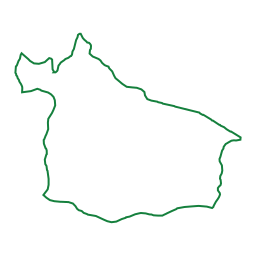 Palencia, Guatemala (Albers equal-area conic projection)
{"feature_id": "79465075B84749841265640", "entity_name": "Palencia", "entity_type": "district", "adm_level": 2, "iso_a3": "GTM", "parent_name": "Guatemala", "parent_adm1": "", "projection": "albers", "projection_center": [-90.328, 14.679], "detail": "fine", "context": "isolated", "style": "outline", "palette": "green", "viewbox_px": 256, "rotation_deg": 0, "n_neighbors": 0, "source": "geoboundaries", "source_scale": "gbopen_adm2", "svg_char_len": 2505}
<svg xmlns="http://www.w3.org/2000/svg" viewBox="0 0 256 256"><path d="M43.4,195.0L46.4,197.7L49.9,200.1L54.3,201.2L60.6,201.8L61.6,201.8L68.6,202.1L69.4,202.4L72.9,203.5L75.5,206.2L77.1,208.8L78.8,210.2L81.7,211.0L83.7,212.9L86.9,214.0L87.8,214.6L95.9,216.0L104.1,219.8L107.3,221.2L111.5,222.2L116.3,221.6L121.9,219.0L125.7,217.8L126.0,217.3L129.6,216.6L135.1,214.3L139.3,213.3L140.9,213.0L145.7,213.4L149.4,214.4L151.5,214.5L153.5,215.3L158.1,215.6L162.4,215.6L163.7,214.9L165.0,214.3L165.9,213.9L167.0,213.3L171.7,211.1L176.3,209.1L177.2,208.3L184.5,207.0L191.8,206.4L198.6,205.9L206.8,206.6L212.1,208.0L213.3,207.0L213.8,205.6L215.9,201.7L217.7,199.2L219.0,197.1L220.0,194.6L219.8,193.1L217.9,190.4L217.9,188.0L218.5,187.3L218.9,186.6L219.6,186.0L220.5,185.2L221.0,183.4L220.6,179.8L220.0,178.8L220.3,176.0L221.7,173.5L222.3,170.6L221.9,165.4L219.7,161.4L219.5,159.0L220.4,156.8L222.1,150.6L223.4,148.6L223.7,146.8L225.7,144.0L231.4,140.7L233.9,140.3L236.0,140.5L240.4,139.7L240.6,137.4L231.0,131.5L230.4,131.6L226.5,129.2L224.1,127.2L220.5,125.6L220.0,124.9L219.2,124.8L212.9,120.6L212.0,120.5L211.1,119.5L203.3,114.8L202.7,114.9L200.0,113.4L199.4,112.6L175.1,106.6L174.3,106.1L162.7,103.6L162.0,103.0L158.1,102.2L157.4,101.7L151.4,100.6L147.3,99.1L145.0,95.4L144.4,92.0L141.4,89.4L136.8,87.8L132.2,87.4L126.7,86.8L122.2,83.8L118.2,80.4L115.5,78.2L114.1,75.7L112.2,71.4L109.2,68.3L108.5,66.6L107.8,66.4L105.9,65.7L104.6,65.1L102.1,62.9L100.5,60.5L98.6,59.0L92.7,56.5L89.6,53.6L89.9,50.6L90.1,49.7L90.8,48.9L91.0,46.1L90.9,45.2L90.1,43.9L89.0,42.8L87.2,42.5L86.4,41.5L84.3,39.7L82.8,38.0L80.7,33.8L79.5,33.8L78.0,34.9L77.5,37.3L76.1,40.1L73.9,49.0L72.5,51.5L72.0,54.6L71.1,56.0L70.5,56.1L68.4,57.8L65.4,59.0L64.3,60.1L63.4,60.7L60.7,62.6L59.9,63.9L58.5,65.6L57.5,70.4L57.0,71.1L55.6,72.3L53.6,72.3L54.0,71.7L52.6,69.4L52.1,59.6L51.2,58.7L49.2,58.1L44.8,62.1L38.9,63.8L34.0,63.4L30.0,60.9L28.4,59.2L21.6,53.3L20.7,54.9L19.9,58.8L18.5,61.0L16.8,65.6L15.9,66.4L15.4,72.8L16.1,73.9L16.3,75.4L17.2,76.3L17.6,78.0L19.1,80.3L19.3,81.5L21.0,84.1L22.1,86.5L22.3,88.0L22.1,92.3L31.0,91.1L37.3,88.8L40.4,89.8L41.3,90.6L48.1,92.5L51.1,94.4L53.5,96.9L54.8,100.2L55.2,105.4L53.5,109.8L52.0,113.0L48.3,118.8L47.9,122.7L48.2,129.2L46.3,134.5L45.7,135.6L44.2,139.4L43.7,140.0L43.9,143.7L45.6,148.3L46.1,148.6L46.7,150.4L46.8,154.1L46.4,154.4L44.8,159.6L45.3,164.1L46.5,166.0L47.0,170.0L47.5,170.7L48.6,178.9L48.6,184.8L47.7,189.3L46.7,190.7L45.2,192.6L43.4,195.0Z" fill="none" stroke="#15803d" stroke-width="2"/></svg>